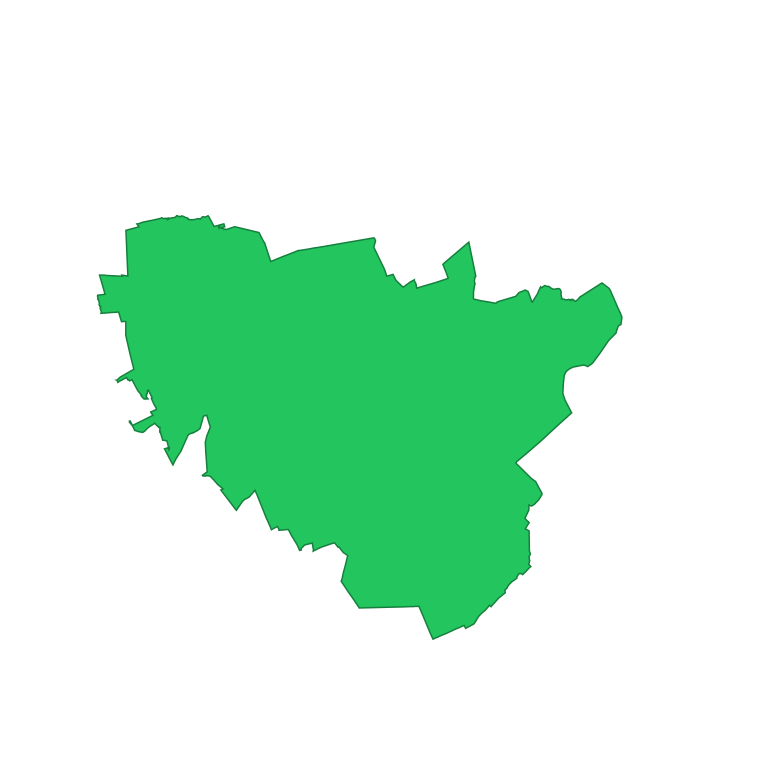 the district of Apaseo el Grande, Guanajuato, Mexico, rotated 63°
{"feature_id": "50627088B68600935642938", "entity_name": "Apaseo el Grande", "entity_type": "district", "adm_level": 2, "iso_a3": "MEX", "parent_name": "Mexico", "parent_adm1": "Guanajuato", "projection": "albers", "projection_center": [-100.631, 20.591], "detail": "fine", "context": "isolated", "style": "filled", "palette": "green", "viewbox_px": 768, "rotation_deg": 63, "n_neighbors": 0, "source": "geoboundaries", "source_scale": "gbopen_adm2", "svg_char_len": 6086}
<svg xmlns="http://www.w3.org/2000/svg" viewBox="0 0 768 768"><g transform="rotate(63 384 384)"><path d="M365.7,226.8L362.3,245.4L362.8,247.8L357.4,254.9L355.2,258.0L352.2,261.8L350.3,263.9L349.9,264.3L349.7,265.0L348.9,265.6L348.2,265.4L342.4,262.3L337.9,259.0L335.8,257.2L334.6,257.2L333.0,256.6L331.8,255.6L330.8,255.1L329.7,253.3L296.1,244.0L303.1,273.5L304.1,277.2L311.9,277.9L319.0,278.8L317.2,291.0L313.4,311.4L309.8,310.2L308.7,310.0L307.3,310.1L305.3,310.0L304.9,309.7L305.0,313.5L305.1,314.7L306.5,323.0L298.5,325.8L296.4,326.3L290.4,326.2L289.2,332.6L282.5,331.5L257.4,331.0L252.8,326.6L250.4,326.3L249.2,326.6L232.2,381.3L231.1,384.4L229.5,389.9L226.4,399.5L226.2,399.5L224.6,415.5L223.4,429.3L203.5,426.2L203.2,426.6L192.3,426.6L176.1,445.6L174.7,454.5L171.2,458.4L170.9,457.7L171.6,454.5L168.6,454.0L167.7,458.2L168.6,458.5L170.0,459.5L170.2,460.3L167.5,459.3L166.5,463.9L155.9,464.1L154.2,464.4L154.2,465.6L154.2,466.5L154.1,467.2L154.0,467.7L152.8,469.3L152.7,470.6L153.7,472.6L152.2,474.5L152.1,475.1L151.5,477.9L150.9,479.6L149.7,482.0L149.1,482.6L148.8,483.4L148.5,483.7L148.0,483.4L147.6,483.4L147.1,483.6L146.6,483.9L145.8,485.1L143.8,486.4L142.8,487.5L142.4,487.9L142.5,489.5L142.5,489.8L142.3,490.0L141.9,490.0L141.0,491.5L140.3,491.7L139.9,492.2L140.7,494.3L140.0,496.7L139.0,499.8L139.4,502.2L137.9,502.6L138.6,500.4L138.4,500.4L137.5,503.5L137.2,503.4L136.2,505.9L136.1,506.0L135.4,506.2L134.9,506.5L135.0,507.5L134.6,509.5L133.1,515.5L130.5,524.7L130.0,527.3L130.2,527.9L129.2,531.5L132.7,531.0L129.9,544.2L171.5,563.2L168.0,568.1L169.3,568.1L161.1,582.3L159.8,584.1L159.6,584.9L158.9,585.8L157.8,588.0L177.4,591.8L175.9,596.1L174.9,598.8L175.6,599.4L177.1,599.5L177.5,599.7L177.9,600.2L178.2,600.5L180.3,600.3L182.5,600.9L183.2,601.2L183.9,601.8L184.7,601.9L185.3,601.7L185.9,601.9L186.3,601.3L186.9,601.5L187.6,602.6L188.5,602.6L190.1,602.9L191.2,603.0L191.8,603.3L192.5,604.1L194.8,598.7L196.4,594.8L199.4,587.8L209.3,589.6L210.9,585.8L211.4,585.8L223.4,592.0L241.7,596.6L257.3,600.2L258.1,616.0L259.3,620.2L259.2,620.5L259.7,620.1L261.7,620.4L261.5,618.5L261.3,610.5L264.2,610.3L264.2,609.7L265.7,609.3L265.7,608.6L265.8,608.3L265.6,607.3L265.7,606.6L278.4,606.4L283.9,605.1L284.2,605.8L288.5,604.6L290.1,601.1L288.5,601.4L288.2,601.8L287.7,602.0L286.4,600.7L285.8,600.3L285.6,600.5L284.9,599.6L284.9,599.3L282.6,597.8L282.4,596.8L290.6,596.8L290.8,596.8L291.1,597.8L298.0,598.2L301.0,598.0L301.3,597.7L303.4,598.4L303.0,604.6L303.7,604.6L307.0,604.1L306.8,626.9L301.7,627.0L301.4,627.6L302.6,628.2L304.7,627.6L307.2,627.1L309.3,627.1L312.3,627.2L312.5,626.7L314.9,624.5L317.6,621.0L317.4,618.5L316.4,615.9L315.8,613.8L315.4,611.4L315.3,609.5L315.2,607.8L314.8,606.2L320.6,604.3L320.6,603.4L320.3,602.9L324.9,605.6L325.1,605.6L325.0,605.1L333.6,606.7L334.7,605.0L335.4,604.3L336.2,603.2L342.3,604.7L342.5,604.2L343.6,604.1L344.9,605.6L342.7,605.7L342.1,609.0L357.6,608.9L358.1,608.9L360.3,608.8L357.2,604.7L355.8,602.6L351.7,595.5L341.0,582.3L340.3,580.9L340.5,576.5L340.9,576.5L340.8,571.4L340.2,568.2L330.7,559.4L331.3,556.2L343.9,558.4L344.0,558.8L349.6,565.2L350.8,566.3L354.8,569.7L364.0,573.8L382.0,581.4L382.9,587.2L383.5,587.3L385.1,584.8L385.1,583.7L386.2,582.1L387.3,580.7L392.7,579.1L398.0,577.8L404.5,575.0L404.3,577.5L428.8,573.1L429.5,572.9L424.5,563.6L423.6,560.7L423.6,556.8L423.4,555.0L422.5,553.0L420.2,547.2L425.7,547.5L449.9,549.7L452.8,549.8L460.2,550.2L462.7,550.5L462.5,543.7L465.9,543.5L466.6,544.0L468.2,540.3L470.1,535.4L473.7,535.1L474.0,535.3L478.0,535.2L481.8,534.7L482.3,534.9L486.0,534.5L487.3,534.4L494.0,534.7L494.4,533.1L493.0,532.6L491.5,528.0L491.5,527.3L493.2,520.1L497.7,521.6L498.1,521.7L498.7,521.6L500.8,523.0L500.8,516.7L501.0,513.3L502.4,503.6L503.1,500.1L508.6,499.0L508.7,498.2L515.6,496.8L520.4,494.2L529.3,501.9L533.4,505.7L538.1,509.4L539.1,510.3L539.1,510.5L540.3,511.7L553.3,510.2L559.2,509.3L565.8,508.5L571.4,507.8L572.3,507.8L586.1,478.9L591.7,467.3L592.9,464.6L596.1,457.9L596.0,457.7L598.0,453.8L610.0,454.6L626.5,455.9L633.6,456.2L634.1,446.4L634.5,442.5L634.9,431.0L635.2,427.8L635.4,423.5L635.5,422.2L638.8,422.2L638.6,412.8L636.3,408.8L635.8,408.2L634.2,405.5L633.3,403.2L632.3,399.9L631.6,396.6L630.3,393.4L629.0,390.5L631.0,389.7L630.5,388.5L626.7,378.7L626.0,374.8L625.8,374.5L625.1,370.8L622.4,369.7L621.8,367.3L620.3,365.3L619.1,362.5L618.2,359.6L618.0,358.1L618.0,357.5L617.3,353.7L616.1,353.2L615.5,351.8L614.7,350.7L614.3,349.6L614.9,348.7L615.1,347.7L616.8,347.0L615.8,343.7L613.4,337.0L613.4,336.1L610.2,336.8L609.8,336.5L608.9,335.5L607.5,334.3L606.4,334.2L603.4,332.9L602.4,331.2L602.0,330.7L598.9,330.3L580.7,321.4L577.2,323.9L573.4,317.6L567.8,319.5L562.0,312.1L557.7,309.9L559.3,308.4L559.7,307.9L559.6,305.4L559.4,304.4L558.4,301.6L557.6,299.0L554.3,293.5L553.2,292.9L539.7,293.2L534.8,295.7L514.4,302.4L513.4,300.9L510.3,287.3L507.0,274.1L506.8,272.9L499.5,247.1L494.9,229.9L480.8,230.0L474.9,229.2L473.2,228.7L465.0,224.0L458.2,219.5L455.8,216.4L455.4,215.2L454.7,212.1L454.8,207.8L457.5,198.3L458.1,197.1L460.7,194.6L460.9,194.6L460.5,190.8L460.0,188.5L454.6,177.6L447.2,164.0L444.0,154.3L438.8,149.1L438.6,148.5L438.5,145.8L432.5,141.7L428.1,141.2L422.0,141.0L407.4,140.1L404.2,139.9L403.5,139.8L401.1,140.0L392.9,143.9L395.4,169.8L396.7,172.9L396.9,173.7L397.2,176.0L397.0,176.4L396.3,176.7L395.8,176.9L395.3,176.8L395.2,176.9L394.9,177.0L394.5,177.3L394.4,177.5L394.4,177.8L394.1,177.9L394.1,178.1L393.9,178.2L393.8,178.3L394.0,178.7L393.7,179.2L394.4,179.7L394.0,180.0L393.0,180.4L392.5,180.8L392.5,181.3L391.7,183.7L391.0,184.5L390.2,184.9L388.9,187.2L388.2,186.6L387.5,186.4L386.5,186.3L384.9,185.6L384.3,185.6L383.0,184.7L382.1,184.3L381.7,184.2L381.0,184.2L380.4,184.0L379.8,184.1L378.7,184.6L378.1,185.3L377.5,187.1L377.1,188.4L376.5,190.1L374.6,191.5L372.2,192.7L371.8,193.0L371.5,193.7L370.7,194.7L370.7,195.0L369.3,195.9L369.5,198.3L369.8,199.7L369.4,200.0L368.5,200.3L372.0,204.9L373.0,205.8L377.9,213.9L378.4,214.6L378.0,215.0L369.8,213.9L366.8,213.7L364.3,215.6L364.3,217.4L363.8,222.1L365.7,226.8Z" fill="#22c55e" stroke="#15803d" stroke-width="1.5"/></g></svg>